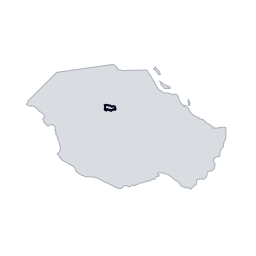 Singida, Singida, United Republic of Tanzania (highlighted), rotated 315°
{"feature_id": "72390352B6504298719524", "entity_name": "Singida", "entity_type": "district", "adm_level": 2, "iso_a3": "TZA", "parent_name": "United Republic of Tanzania", "parent_adm1": "Singida", "projection": "equal_earth", "projection_center": [34.874, -4.722], "detail": "fine", "context": "in_parent", "style": "outline", "palette": "ink", "viewbox_px": 256, "rotation_deg": 315, "n_neighbors": 0, "source": "geoboundaries", "source_scale": "gbopen_adm2", "svg_char_len": 5388}
<svg xmlns="http://www.w3.org/2000/svg" viewBox="0 0 256 256"><g transform="rotate(315 128 128)"><path d="M103.7,179.4L101.7,178.0L99.8,177.1L98.3,176.2L97.6,175.2L96.2,174.9L95.0,174.7L93.9,173.8L91.5,173.5L91.3,172.9L91.2,171.6L90.8,171.3L90.0,171.0L89.1,171.0L88.5,171.2L88.2,171.1L87.4,170.3L86.7,169.3L86.4,167.8L85.4,166.8L84.1,166.0L80.7,166.1L80.2,165.9L79.4,165.1L78.4,163.8L77.7,162.3L77.0,160.3L76.3,157.6L72.3,146.8L71.9,144.7L71.1,142.5L69.9,139.7L68.5,137.6L66.7,135.8L64.7,133.9L63.6,132.6L61.5,127.5L61.0,125.2L60.7,122.7L60.8,121.7L62.1,118.5L62.3,117.6L62.1,116.4L61.4,113.9L60.6,110.8L58.9,105.2L58.7,103.8L58.7,102.7L59.7,97.0L59.6,96.2L63.6,96.3L66.4,93.8L68.9,90.1L69.4,88.5L70.4,86.1L71.4,84.9L71.8,84.1L72.4,81.7L73.7,80.1L75.0,78.9L74.7,78.0L74.9,77.7L75.6,77.0L76.9,76.4L77.2,75.2L77.2,73.8L77.0,73.0L77.0,72.1L76.8,71.6L75.9,71.4L74.6,70.7L73.5,70.4L72.7,70.0L72.5,69.7L72.3,68.8L73.0,66.7L72.3,65.8L73.7,62.1L74.0,61.7L74.5,61.6L75.2,61.3L76.0,61.1L76.6,61.2L77.0,61.1L77.4,60.7L77.7,59.4L78.0,57.4L77.8,55.7L77.3,54.4L77.1,52.4L77.4,49.8L77.2,47.6L76.6,45.8L75.9,44.8L74.9,44.3L73.4,41.6L72.9,40.3L73.0,39.5L73.5,39.2L74.5,39.3L75.4,39.0L76.3,38.2L77.1,38.0L77.6,38.2L116.8,38.2L162.6,72.6L162.8,73.0L163.1,76.0L163.1,77.0L162.4,78.7L162.1,79.6L162.1,80.2L162.3,80.4L162.9,80.5L163.4,80.9L163.6,81.2L164.0,82.5L164.5,83.2L181.9,100.0L182.3,100.3L182.0,101.7L181.0,105.1L181.0,106.6L180.6,108.2L180.2,109.4L179.2,114.2L178.4,116.0L177.2,120.2L177.0,123.5L177.6,125.7L177.9,127.8L179.2,129.9L180.3,130.7L181.0,131.6L182.3,133.8L183.0,136.0L185.3,137.0L186.2,139.5L185.9,141.1L184.8,142.5L183.8,144.8L183.0,147.8L182.9,152.3L183.5,151.6L184.7,152.7L184.8,156.0L183.6,159.9L183.2,161.7L183.1,163.3L184.0,167.9L185.4,170.3L185.3,171.0L184.9,171.6L187.2,175.8L187.0,179.4L187.9,182.3L188.3,184.7L188.8,186.6L188.9,187.9L188.2,189.3L189.9,189.7L190.9,190.9L191.4,192.0L192.6,191.9L193.3,192.7L194.3,193.3L196.4,195.2L197.0,196.2L197.3,197.1L191.4,203.0L189.3,204.6L187.7,205.3L186.1,205.7L184.6,206.6L183.1,208.1L181.2,208.8L179.0,208.8L176.6,209.8L172.8,212.9L170.6,211.2L168.9,210.7L166.9,210.7L165.7,210.9L165.3,211.3L164.9,212.3L164.6,214.1L163.3,215.7L161.0,217.3L158.9,217.9L157.0,217.5L155.7,216.8L155.0,215.9L154.0,215.5L152.7,215.6L151.5,216.2L150.3,217.4L148.3,218.0L145.7,217.8L144.3,217.2L144.1,216.2L142.9,215.0L140.8,213.6L139.3,213.6L138.3,214.9L137.3,215.7L136.5,216.1L135.8,216.1L134.7,215.8L131.8,215.6L129.0,215.7L128.8,213.8L128.2,212.6L127.7,211.9L126.7,211.7L126.5,211.2L126.1,210.0L125.7,209.0L125.0,208.1L124.7,207.4L124.5,206.7L124.6,205.9L125.2,203.9L125.4,202.6L125.3,201.2L125.0,199.8L124.4,198.1L124.4,197.6L124.2,196.5L124.2,195.7L124.3,194.7L124.2,193.4L123.6,190.5L123.6,189.8L123.0,188.5L121.2,185.3L121.1,184.8L118.2,181.6L117.1,180.9L116.6,181.5L116.5,182.1L116.6,183.1L116.5,183.6L116.4,183.8L115.7,183.8L115.3,183.7L114.2,182.8L113.4,182.6L111.2,182.8L110.5,183.0L109.9,182.8L108.8,181.3L107.5,181.0L106.3,180.9L104.4,179.2L103.7,179.4ZM185.6,125.2L186.6,128.8L186.4,129.4L185.8,129.9L185.4,129.9L185.0,129.3L184.7,128.1L184.2,128.4L183.3,127.0L182.5,126.9L181.7,125.2L182.0,123.7L181.8,121.1L182.8,119.8L183.3,117.6L183.9,119.1L184.0,121.5L184.8,124.2L185.6,125.2ZM190.3,103.9L190.4,104.7L190.2,105.5L190.2,108.1L190.1,109.8L189.4,112.1L188.8,112.9L188.3,112.7L187.9,112.3L187.5,111.7L188.2,107.4L187.9,104.2L189.2,104.5L190.3,103.9ZM188.2,155.5L187.5,155.7L187.3,155.5L186.8,154.8L187.6,154.2L188.3,153.0L189.9,151.3L190.7,150.0L190.5,151.3L189.6,154.2L188.8,154.4L188.2,155.5Z" fill="#d9dde1" stroke="#a8b0b8" stroke-width="1"/><path d="M133.8,103.4L133.7,103.3L133.5,103.1L133.4,103.0L133.4,102.8L133.3,102.7L133.2,102.5L133.2,102.4L133.1,102.2L132.9,102.1L132.7,102.0L132.6,101.9L132.4,101.8L132.3,101.7L132.2,101.6L131.9,101.5L131.7,101.5L131.6,101.4L131.4,101.2L131.3,100.9L131.3,100.7L131.4,100.4L131.4,100.1L131.3,99.8L131.3,99.7L131.2,99.5L131.2,99.4L131.1,99.2L130.9,99.2L130.7,99.1L130.4,98.9L130.3,98.6L130.2,98.2L130.1,97.8L130.0,97.7L129.9,97.6L129.8,97.4L129.7,97.3L129.6,97.1L129.4,97.0L129.4,96.9L129.4,96.7L129.2,96.4L128.5,95.9L128.3,95.7L128.2,95.7L127.8,95.5L127.7,95.9L127.7,96.0L127.6,96.3L127.4,96.4L127.2,96.3L127.0,96.5L126.9,96.7L126.8,96.9L126.7,96.9L126.7,97.0L126.4,97.2L126.4,97.3L126.3,97.5L126.2,97.6L126.0,97.8L125.9,97.8L125.9,97.7L125.8,97.8L125.7,97.8L125.4,97.9L125.4,98.0L125.3,98.3L125.2,98.4L124.9,98.5L124.7,98.5L124.6,98.8L124.6,99.0L124.7,99.3L124.8,99.3L124.8,99.5L125.0,99.8L125.0,100.0L125.0,100.3L125.3,100.4L125.5,100.4L125.7,100.2L125.8,100.2L125.8,99.9L126.0,99.8L126.3,99.9L126.5,99.9L126.5,100.0L126.5,100.3L126.5,100.5L126.8,100.6L127.0,100.6L127.1,100.8L127.1,101.0L127.1,101.3L127.1,101.5L127.3,101.6L127.5,101.7L127.5,101.8L127.7,102.0L127.8,102.1L127.9,102.3L128.0,102.4L128.0,102.5L128.1,102.8L128.0,103.0L128.3,103.0L128.3,102.9L128.4,103.0L128.5,103.0L128.6,103.3L128.6,103.5L128.6,103.8L128.6,104.0L128.8,104.0L129.0,104.0L129.3,104.1L129.5,104.1L129.8,104.1L130.0,104.2L130.3,104.2L130.5,104.1L130.8,104.3L130.8,104.5L130.9,104.8L130.9,105.0L131.0,105.1L131.3,105.1L131.4,105.3L131.5,105.3L131.6,105.5L131.7,105.9L131.8,106.0L132.0,106.0L132.0,105.9L132.2,105.7L132.3,105.6L132.5,105.5L132.6,105.4L132.7,105.2L132.8,105.1L133.0,105.1L133.1,104.9L133.3,104.6L133.5,104.2L133.7,103.8L133.7,103.6L133.8,103.4Z" fill="none" stroke="#020617" stroke-width="2"/></g></svg>